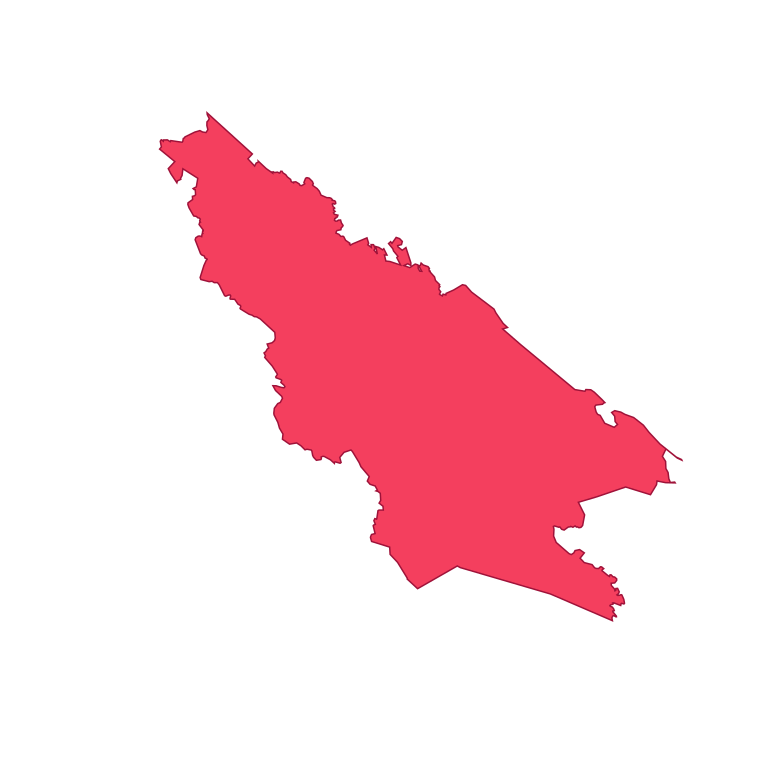 the district of Jumurdas pag., Erglu, Latvia, rotated 220°
{"feature_id": "27541924B12132010316150", "entity_name": "Jumurdas pag.", "entity_type": "district", "adm_level": 2, "iso_a3": "LVA", "parent_name": "Latvia", "parent_adm1": "Erglu", "projection": "equal_earth", "projection_center": [25.8, 56.947], "detail": "fine", "context": "isolated", "style": "filled", "palette": "rose", "viewbox_px": 768, "rotation_deg": 220, "n_neighbors": 0, "source": "geoboundaries", "source_scale": "gbopen_adm2", "svg_char_len": 6117}
<svg xmlns="http://www.w3.org/2000/svg" viewBox="0 0 768 768"><g transform="rotate(220 384 384)"><path d="M259.0,256.1L241.3,250.2L240.9,249.5L226.7,248.8L210.9,291.7L207.5,292.4L121.6,330.1L56.9,349.5L59.2,351.4L59.6,353.4L59.0,354.3L56.7,354.7L56.3,355.1L56.8,355.6L62.3,356.6L62.8,357.1L61.9,358.4L63.6,359.4L65.6,359.9L67.9,359.2L68.6,359.6L68.1,361.2L67.1,362.3L67.1,363.0L68.0,363.3L67.4,364.0L60.3,366.5L61.2,368.2L60.9,368.8L58.8,369.7L58.8,370.6L61.9,373.2L66.2,375.3L67.0,375.0L67.7,373.6L69.0,372.3L70.0,372.2L69.6,374.2L70.2,376.0L73.7,377.6L74.9,376.4L73.8,374.8L74.2,374.0L75.5,375.1L80.3,375.8L81.9,377.4L79.4,379.9L79.5,383.1L80.5,384.3L83.2,384.4L84.7,383.5L87.3,383.8L88.2,383.1L87.6,381.5L89.6,381.2L97.0,381.1L97.4,381.8L97.0,383.8L99.7,383.8L100.7,383.1L101.0,380.6L103.2,378.9L104.7,378.6L108.5,379.4L115.8,375.9L121.8,376.6L122.0,383.4L127.7,382.9L130.6,379.2L130.0,376.6L130.9,373.7L133.2,373.0L150.2,373.3L156.3,376.5L160.4,381.9L162.7,383.8L162.1,384.9L158.1,386.6L157.4,387.5L154.5,386.9L152.1,387.9L150.9,392.9L149.5,394.3L149.4,395.0L147.2,395.7L146.4,398.1L144.6,398.1L144.2,398.8L142.3,399.2L141.0,400.7L140.9,401.6L140.9,403.3L146.2,412.7L159.1,418.3L148.2,434.8L132.7,460.4L108.7,470.5L110.5,482.0L112.5,485.2L104.9,489.4L97.4,495.4L98.3,495.7L101.3,492.6L104.9,494.5L109.5,498.8L113.7,500.4L118.5,505.7L124.2,507.5L126.1,514.9L126.0,515.5L111.7,515.8L106.9,517.1L107.5,517.4L113.1,515.9L134.0,515.4L149.8,517.3L158.8,519.2L171.2,518.8L179.9,515.6L184.5,514.7L190.1,511.9L191.3,508.5L186.6,507.6L182.8,503.8L179.1,503.1L179.8,498.8L189.7,495.8L198.2,498.9L200.7,498.1L201.7,498.3L203.6,499.0L208.0,502.1L208.1,504.1L203.6,508.9L203.4,510.7L202.8,511.7L207.1,512.2L217.7,512.9L221.9,512.5L225.8,509.5L225.4,507.6L234.2,502.4L304.8,502.0L328.5,502.4L325.7,506.7L331.7,507.0L344.0,510.4L347.9,512.1L376.0,510.7L384.8,512.0L387.7,510.5L391.1,500.7L394.7,493.3L393.9,492.0L396.5,490.8L395.9,489.0L398.6,488.4L399.3,488.5L399.8,491.1L402.8,491.8L403.7,493.1L403.7,494.5L404.9,494.6L405.2,495.9L411.1,496.4L414.1,498.5L420.2,499.4L421.4,500.1L421.7,499.6L423.5,501.0L423.5,501.7L425.7,502.2L430.4,500.4L433.3,500.5L432.4,498.1L433.3,496.9L427.5,494.6L429.1,493.4L432.2,494.6L434.2,497.0L435.2,496.8L437.2,495.9L439.1,489.7L444.9,487.5L443.1,491.4L439.7,492.1L441.3,494.1L454.9,502.6L456.0,498.2L461.4,498.0L462.5,498.8L460.2,502.0L461.6,505.0L465.5,505.4L468.9,504.1L468.3,496.9L470.4,497.3L470.8,494.5L464.3,493.3L462.1,492.0L455.4,490.8L455.4,489.0L447.7,485.8L458.3,481.6L461.6,479.4L466.6,483.1L464.6,484.7L471.1,487.5L471.3,485.9L475.8,485.3L478.7,484.0L472.6,479.3L477.6,480.1L477.9,482.3L481.6,484.0L483.5,482.5L481.6,480.5L485.9,480.2L486.2,481.9L491.0,485.0L498.1,471.2L499.0,468.7L500.5,469.0L500.6,469.9L505.8,469.4L509.6,471.0L510.5,470.8L511.9,469.3L514.8,469.7L517.8,468.7L518.6,470.4L518.6,471.4L516.2,474.4L517.2,476.3L516.9,477.9L517.3,479.2L520.1,480.0L522.7,481.7L524.3,480.2L524.6,478.8L525.6,477.7L527.1,477.5L528.1,479.1L527.4,479.8L527.9,480.9L527.1,481.9L527.8,483.7L531.1,482.1L532.8,482.7L532.4,484.8L534.3,484.7L535.3,485.8L534.6,486.7L535.2,487.2L536.9,487.1L539.3,488.6L539.1,489.5L537.4,490.1L537.0,491.2L538.2,492.4L539.4,492.7L541.9,491.5L542.1,492.0L543.6,492.3L545.3,491.8L547.6,490.0L553.6,488.2L557.5,490.1L560.8,490.7L566.3,490.3L566.7,490.5L566.8,491.9L569.0,493.1L573.7,493.5L575.7,492.5L576.3,491.2L574.9,486.9L573.4,486.4L574.5,483.1L575.9,482.2L577.7,482.8L581.5,482.2L583.0,480.7L582.6,480.0L585.2,479.4L587.0,480.7L591.1,480.5L593.8,481.2L597.0,480.8L598.9,481.4L599.9,480.5L599.4,479.0L599.6,478.4L601.8,477.8L603.7,475.7L605.0,475.4L604.8,475.0L605.4,474.8L605.2,474.5L606.2,474.2L605.6,473.9L612.6,473.3L623.6,473.9L622.9,473.3L623.9,471.1L623.2,467.8L633.0,469.0L632.7,475.6L693.8,478.0L692.5,476.7L688.4,474.9L688.0,472.8L688.1,471.0L685.8,468.1L682.4,465.6L682.0,462.2L685.0,460.4L687.9,459.8L690.9,455.3L695.3,445.4L695.1,444.3L695.6,443.1L694.1,440.5L694.1,439.4L703.8,433.4L703.5,432.2L706.8,431.8L709.8,429.2L709.1,428.1L711.5,428.0L711.7,427.5L711.4,426.1L706.9,422.5L706.9,419.7L687.2,419.9L687.7,410.3L682.6,408.1L672.0,405.0L672.8,406.8L671.2,410.2L672.1,410.9L672.7,413.9L676.4,419.6L658.9,421.9L654.5,414.4L655.9,411.0L654.4,410.9L653.5,411.5L650.0,407.9L650.1,406.5L651.4,404.6L649.2,402.3L650.6,396.8L649.6,395.4L646.5,393.6L637.8,390.4L635.3,391.8L633.6,391.6L632.1,392.4L630.7,392.2L630.1,390.5L628.7,390.0L629.1,389.4L628.2,387.3L621.3,385.7L620.9,385.1L621.3,384.7L620.2,383.0L619.5,382.8L619.8,381.9L618.4,379.7L620.2,379.0L621.4,377.8L622.2,375.1L621.4,373.1L608.3,365.9L606.6,365.7L603.9,366.5L601.9,365.4L600.2,366.1L599.5,365.7L599.7,364.6L598.1,358.9L593.3,347.4L591.5,346.3L583.7,350.0L581.7,352.2L579.2,352.5L576.8,354.6L574.1,354.1L562.9,349.2L561.6,349.6L560.3,352.1L559.1,353.3L558.0,352.9L557.1,350.7L556.3,350.2L552.8,352.9L547.1,351.3L544.4,351.9L543.4,351.1L543.0,349.5L542.2,349.2L532.2,350.7L529.4,351.9L526.7,352.2L524.9,353.5L520.6,354.3L500.9,353.4L496.9,349.4L495.8,347.0L496.2,343.7L499.2,339.5L495.4,337.4L495.9,335.7L495.4,332.8L495.9,330.7L492.9,329.4L492.5,327.7L481.2,325.9L471.9,323.0L471.5,319.8L470.6,319.4L466.0,321.1L464.8,321.1L464.0,318.9L459.7,318.8L458.1,318.2L458.2,316.8L460.7,315.3L465.5,313.3L468.0,311.3L462.9,309.3L454.4,308.8L452.6,307.8L451.6,303.2L452.8,300.7L452.4,294.9L449.7,290.9L448.4,289.7L440.7,286.4L435.7,283.0L429.2,280.7L426.3,276.4L417.7,277.2L413.0,282.7L408.0,283.3L402.2,282.8L401.1,284.5L397.4,286.6L396.2,286.3L392.7,283.4L390.8,282.6L386.8,282.1L383.8,285.5L383.9,286.4L385.2,287.7L384.3,289.4L383.1,290.1L376.4,291.5L371.0,291.3L371.7,292.3L371.3,293.0L366.7,295.1L366.4,296.3L370.7,299.3L370.7,306.0L366.9,312.2L364.9,312.0L352.5,307.8L348.5,305.8L335.8,303.6L334.4,298.9L330.2,298.2L325.2,300.2L320.9,298.5L321.4,297.0L319.5,297.8L316.6,297.9L311.7,292.7L311.2,289.6L306.2,289.7L303.5,287.0L306.8,284.2L307.2,283.1L302.9,276.1L302.8,275.7L304.5,275.0L303.9,272.8L300.4,270.9L301.3,269.2L301.2,268.5L294.7,263.7L296.8,260.7L296.2,258.6L295.6,257.6L292.3,255.4L274.8,262.7L269.8,257.4L259.0,256.1Z" fill="#f43f5e" stroke="#9f1239" stroke-width="1.5"/></g></svg>